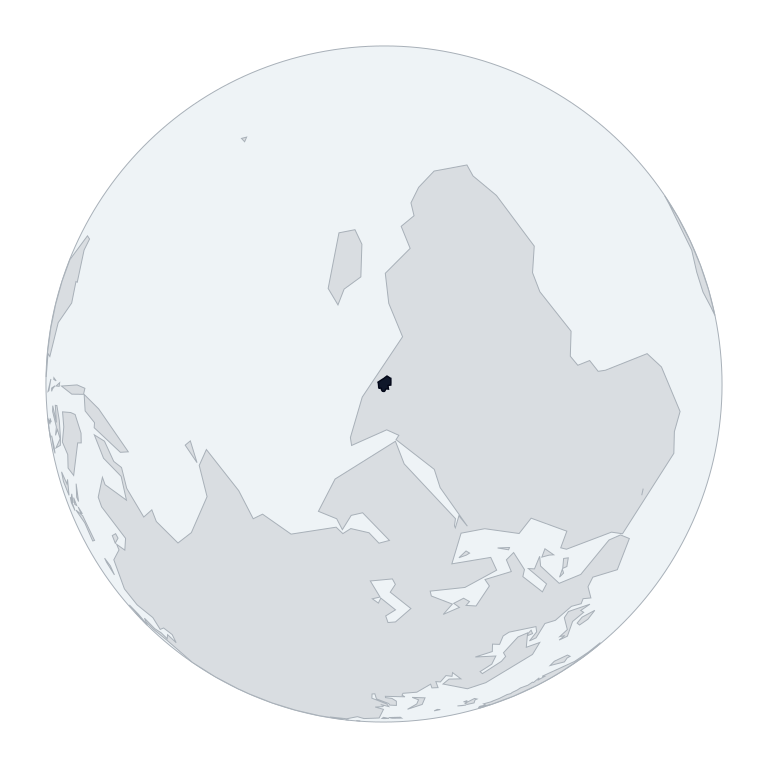 Bay on an orthographic globe, rotated 170°
{"feature_id": "SOM-2313", "entity_name": "Bay", "entity_type": "Region", "adm_level": 1, "iso_a3": "SOM", "parent_name": "Somalia", "parent_adm1": "", "projection": "orthographic", "projection_center": [43.708, 2.69], "detail": "fine", "context": "on_globe", "style": "filled", "palette": "ink", "viewbox_px": 768, "rotation_deg": 170, "n_neighbors": 0, "source": "natural_earth", "source_scale": "10m", "svg_char_len": 7374}
<svg xmlns="http://www.w3.org/2000/svg" viewBox="0 0 768 768"><g transform="rotate(170 384 384)"><circle cx="384" cy="384" r="338" fill="#eef3f6" stroke="#a8b0b8"/><path d="M46.2,394.0L48.6,402.7L53.9,419.2L56.6,439.8L57.7,462.3L71.9,511.5L74.9,520.6L65.3,496.3L57.6,471.4L51.8,445.9L48.0,420.1L46.2,394.0ZM570.0,101.9L579.1,108.2L579.9,108.6L601.2,125.1L621.1,143.2L642.3,169.4L653.9,182.8L659.6,191.0L660.6,195.0L652.3,182.9L646.6,177.6L641.8,170.8L640.6,174.7L633.6,165.3L636.1,174.0L643.4,182.0L647.0,181.2L652.2,194.1L665.5,209.4L675.2,227.3L680.6,257.8L673.8,266.6L675.1,272.5L668.1,265.4L665.3,276.9L683.4,312.0L685.1,322.2L677.5,341.0L676.2,333.3L657.8,314.3L658.9,338.7L673.1,359.6L678.1,384.2L669.2,376.2L663.6,354.7L657.0,347.3L655.5,325.9L643.7,294.7L634.5,300.4L632.1,288.1L614.5,263.2L599.5,271.1L577.8,303.8L580.1,335.9L570.3,350.3L545.6,304.2L536.2,274.0L526.2,276.9L501.6,252.3L456.0,251.3L450.5,243.8L441.8,247.4L424.6,240.1L416.6,228.1L405.8,229.0L427.4,260.9L439.1,260.3L450.3,247.8L454.0,259.5L470.7,270.0L448.7,298.9L382.7,325.6L378.0,301.8L337.0,239.0L339.2,232.2L339.1,231.4L338.7,230.0L333.1,241.2L326.6,229.5L346.7,272.2L349.3,291.2L381.8,327.1L378.3,330.9L389.3,338.4L426.6,329.1L426.4,337.1L407.7,374.9L357.5,427.3L365.3,462.6L363.5,492.8L334.7,513.0L339.7,536.3L325.2,544.5L326.0,557.7L315.7,571.7L297.7,585.0L264.3,585.3L260.2,573.4L240.5,550.1L212.1,493.7L218.4,467.8L214.5,447.8L190.6,403.5L195.7,379.0L189.9,368.8L177.4,371.4L170.9,359.3L163.6,359.1L119.6,368.2L107.8,352.6L97.2,305.5L106.3,286.7L110.6,265.4L175.1,195.1L185.7,198.6L233.0,189.6L238.4,192.0L229.5,207.3L262.4,226.3L276.9,213.3L309.9,224.0L334.0,223.7L348.4,195.1L309.0,194.7L305.4,181.1L339.6,169.6L374.5,172.0L374.2,167.0L354.9,155.4L365.7,146.8L348.5,150.9L353.4,155.9L342.8,159.2L337.6,154.9L341.6,151.7L331.9,149.4L315.3,166.8L318.5,173.9L291.2,177.2L294.0,189.6L285.6,195.5L277.9,176.9L280.7,170.2L264.1,151.8L258.6,158.9L273.9,177.2L267.9,175.8L260.6,187.3L261.4,177.5L246.1,157.3L223.3,162.3L189.5,191.3L177.3,194.3L169.2,189.2L186.5,160.6L211.9,157.5L218.3,148.9L217.4,137.4L225.2,138.0L228.0,133.4L238.0,132.5L256.3,121.5L267.1,120.2L278.3,107.6L285.4,105.7L276.7,113.4L276.5,118.7L303.9,117.9L310.4,115.2L315.4,107.5L322.3,109.0L323.8,101.7L341.5,99.3L321.1,96.7L326.5,89.4L339.3,84.1L337.4,81.7L316.5,90.5L311.5,94.6L313.0,98.6L296.0,111.6L285.8,114.0L289.6,100.0L275.5,102.4L284.7,91.9L335.6,72.2L354.8,69.4L378.0,78.3L371.2,82.1L359.5,80.3L366.6,87.9L367.8,84.3L373.6,86.1L380.2,80.8L384.6,81.9L383.5,75.6L389.6,76.4L390.2,80.3L405.2,74.8L419.0,76.1L420.3,74.4L417.7,72.3L436.9,76.2L437.0,74.9L430.8,73.0L426.9,69.5L427.6,65.3L434.2,66.8L434.8,68.5L446.1,75.2L446.8,80.5L449.6,80.8L450.5,76.7L436.8,68.4L435.3,65.5L442.9,68.9L440.0,67.4L441.4,66.5L448.8,67.4L441.0,63.7L446.8,55.9L461.8,58.0L468.0,61.0L478.9,60.8L495.1,65.5L489.3,63.4L490.7,63.4L485.6,61.8L483.0,60.9L505.9,68.8L528.0,78.3L549.4,89.3L570.0,101.9ZM149.5,229.7L147.0,235.8L146.9,235.9L149.5,229.7ZM409.6,190.6L431.7,192.4L424.9,174.9L432.8,174.5L427.6,169.2L424.3,173.7L411.9,159.6L422.6,155.3L421.5,148.4L414.0,147.7L396.5,158.2L414.0,177.9L407.6,184.7L409.6,190.6ZM233.3,112.7L235.3,115.0L229.4,120.0L215.7,124.5L224.1,116.9L233.3,112.7ZM239.5,117.4L247.2,103.8L256.0,101.4L249.7,104.9L254.8,104.7L246.1,110.3L247.0,122.5L241.9,127.9L219.4,131.4L229.6,126.8L227.0,124.5L239.5,117.4ZM251.2,82.4L254.6,79.0L269.3,77.9L264.4,81.4L250.4,85.2L248.0,83.5L251.2,82.4ZM258.9,70.1L268.4,66.5L267.8,66.7L273.9,64.5L272.0,65.2L276.7,63.6L283.4,61.4L284.0,61.2L285.9,60.6L310.2,54.2L334.9,49.7L338.6,49.2L335.0,50.1L340.6,49.2L347.3,48.9L345.4,50.0L339.6,50.1L341.6,51.7L332.3,52.6L333.1,52.7L325.1,54.3L316.7,56.8L312.9,57.1L311.3,58.0L305.9,59.5L302.4,61.0L294.5,62.4L289.5,64.6L288.6,64.1L282.2,67.7L283.4,65.8L276.5,68.2L279.0,68.7L244.5,77.7L229.2,84.5L215.8,91.8L219.5,88.9L234.5,80.9L236.1,80.2L258.9,70.1ZM346.4,48.2L342.2,48.7L339.8,49.0L346.4,48.2ZM246.5,186.3L251.1,186.8L258.6,186.1L254.1,193.8L246.5,186.3ZM235.6,172.5L240.0,171.4L237.4,181.0L232.7,180.8L235.6,172.5ZM244.7,163.3L240.5,170.7L240.0,166.6L244.7,163.3ZM281.0,112.4L286.0,111.3L285.6,113.1L281.9,116.0L281.0,112.4ZM349.5,58.6L347.1,57.6L349.2,57.1L350.7,54.3L357.8,54.0L359.6,55.5L349.5,58.6ZM340.4,199.9L332.2,205.3L329.1,202.6L332.6,201.2L340.4,199.9ZM290.1,199.1L300.6,202.8L288.8,201.2L290.1,199.1ZM357.4,57.7L357.2,56.5L360.9,57.2L357.4,57.7ZM363.0,53.7L367.6,54.2L358.8,53.6L363.0,53.7ZM479.2,646.8L481.7,650.6L476.4,651.0L479.2,646.8ZM422.4,487.8L402.1,540.7L385.8,541.0L381.5,525.5L388.2,493.5L406.8,484.4L415.6,469.9L422.4,487.8ZM706.3,444.0L708.4,445.9L708.0,447.5L706.3,444.0ZM704.3,438.1L707.3,439.0L703.2,441.6L704.3,438.1ZM708.3,439.4L711.3,436.8L712.6,434.5L712.0,437.7L708.3,439.4ZM702.0,438.0L686.4,436.4L679.3,431.7L681.7,426.0L693.2,428.2L702.0,438.0ZM681.1,425.8L669.3,409.0L647.6,361.6L655.5,362.5L677.0,391.3L675.8,396.2L683.0,409.4L681.1,425.8ZM706.8,397.4L705.4,412.4L697.5,410.3L693.5,407.6L690.9,388.2L692.4,378.6L695.9,379.2L705.5,347.8L709.7,356.1L707.7,369.4L710.8,382.7L706.8,397.4ZM581.8,339.0L590.4,358.3L584.6,361.6L581.8,339.0ZM706.3,325.9L704.5,339.3L705.2,321.3L706.3,325.9ZM704.9,308.9L706.5,316.0L703.7,309.0L704.9,308.9ZM677.9,281.9L674.3,283.2L672.7,278.4L676.3,273.9L677.9,281.9ZM682.6,242.8L688.1,256.4L689.4,261.0L685.1,252.5L682.6,242.8ZM417.3,59.6L407.3,63.2L404.8,67.0L410.7,70.5L398.1,67.8L402.0,61.8L417.3,59.6ZM442.4,55.8L437.2,53.8L442.2,54.5L444.1,55.0L442.4,55.8ZM437.3,54.7L425.8,53.0L424.6,51.9L434.0,53.4L437.3,54.7ZM391.4,53.4L388.0,54.3L385.1,53.6L391.4,53.4ZM671.1,562.1L671.9,560.9L650.3,581.4L648.8,577.9L656.1,568.0L668.4,537.5L669.6,538.3L677.5,518.0L694.2,501.0L708.3,469.1L709.6,472.3L715.5,449.5L715.4,450.2L709.8,473.7L702.5,496.8L693.6,519.3L683.2,541.1L671.1,562.1ZM711.2,446.8L715.2,435.6L716.2,435.0L711.2,446.8ZM721.0,409.1L721.0,408.4L721.4,401.1L721.7,397.3L721.0,409.1ZM721.7,396.9L721.4,390.4L721.9,388.7L721.7,396.9ZM719.1,404.3L718.8,408.2L718.3,404.8L719.1,404.3ZM719.9,402.3L720.7,407.5L719.6,405.6L719.9,402.3ZM712.5,386.3L713.5,395.8L716.4,390.5L714.1,398.6L715.1,414.5L714.0,420.2L713.3,403.0L711.4,420.1L709.9,419.6L710.1,404.6L712.0,386.9L713.4,379.8L718.1,378.0L712.5,386.3ZM720.3,390.9L719.8,379.8L720.0,372.8L720.6,378.7L720.3,390.9ZM716.8,353.5L713.6,340.7L712.2,345.0L713.5,329.0L716.6,343.7L716.8,353.5ZM711.7,326.4L710.6,330.1L710.8,320.8L711.7,326.4ZM709.4,326.0L707.7,317.6L709.4,319.1L709.4,326.0ZM712.6,327.0L710.3,313.0L712.5,321.5L712.6,327.0ZM702.8,299.2L709.2,313.3L703.6,306.6L696.2,280.2L698.1,280.0L702.8,299.2ZM668.3,201.8L663.9,195.1L663.6,194.3L666.7,199.1L668.3,201.8ZM661.8,191.6L662.1,192.0L664.2,196.4L666.8,199.8L673.2,210.7L665.7,199.7L659.3,188.6L658.9,187.4L661.8,191.6ZM480.2,60.0L477.0,59.1L478.6,59.6L480.2,60.0ZM466.9,56.4L469.8,57.3L465.9,56.3L466.5,56.3L466.9,56.4Z" fill="#d9dde1" stroke="#a8b0b8" stroke-width="1"/><path d="M385.4,376.7L386.8,377.2L387.4,378.6L387.5,378.8L387.5,379.9L387.4,380.2L388.1,380.6L389.3,380.6L389.6,380.7L389.8,381.9L389.5,383.3L389.6,383.6L389.4,385.2L389.6,386.8L385.0,388.8L383.2,389.5L381.7,390.3L379.7,391.3L379.2,390.9L377.0,388.8L376.3,388.4L376.9,384.7L377.1,383.7L377.5,381.8L379.4,381.9L380.4,381.8L380.4,380.8L380.5,378.2L382.2,378.8L383.2,378.6L383.8,377.9L384.2,377.2L384.5,377.0L385.0,376.7L385.4,376.7Z" fill="#0f172a" stroke="#020617" stroke-width="1.5"/></g></svg>